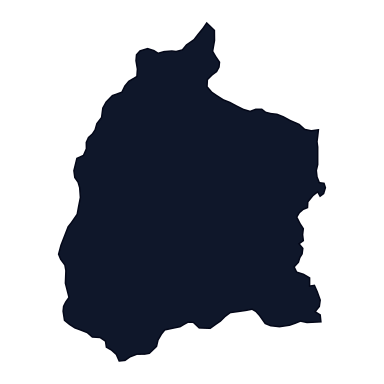 São João da Paraúna, Goiás, Brazil (orthographic projection)
{"feature_id": "56859067B96134969416858", "entity_name": "São João da Paraúna", "entity_type": "district", "adm_level": 2, "iso_a3": "BRA", "parent_name": "Brazil", "parent_adm1": "Goiás", "projection": "orthographic", "projection_center": [-50.363, -16.807], "detail": "fine", "context": "isolated", "style": "filled", "palette": "ink", "viewbox_px": 384, "rotation_deg": 0, "n_neighbors": 0, "source": "geoboundaries", "source_scale": "gbopen_adm2", "svg_char_len": 2044}
<svg xmlns="http://www.w3.org/2000/svg" viewBox="0 0 384 384"><path d="M74.8,177.5L78.1,182.2L79.7,187.7L80.4,197.5L78.6,206.6L77.2,214.3L71.1,223.1L68.2,226.7L61.0,245.2L58.6,254.2L60.7,259.3L64.9,265.0L65.9,270.7L65.4,283.2L69.0,297.4L65.7,302.1L63.6,306.3L63.1,311.2L64.5,320.3L69.5,324.4L74.9,327.9L79.6,329.6L87.3,332.6L92.3,337.0L100.1,337.5L105.5,341.2L106.4,347.2L111.4,350.0L116.3,354.4L119.2,361.0L125.0,360.4L129.9,356.9L136.8,354.2L144.8,354.1L149.3,353.3L156.5,346.4L158.0,340.0L161.5,334.0L164.8,329.9L174.2,327.9L180.1,326.7L183.9,324.4L187.9,322.2L193.3,322.3L199.2,327.9L210.2,328.3L216.3,323.9L220.4,321.1L224.9,316.6L230.2,312.6L239.0,311.4L246.0,310.4L252.1,309.2L256.0,311.5L259.5,315.4L265.2,323.5L270.6,325.7L279.5,326.7L289.6,325.2L295.0,323.3L300.4,321.1L307.0,322.5L313.0,322.2L320.9,321.8L320.2,314.9L315.1,311.7L319.3,306.5L320.2,300.1L317.2,291.7L314.4,285.4L309.6,286.1L309.6,277.9L303.5,274.3L296.6,272.1L294.1,266.9L298.4,262.2L299.8,257.6L302.1,253.9L302.8,248.4L299.0,243.8L303.3,240.6L302.6,234.7L303.3,228.7L300.0,223.6L296.7,217.1L299.3,212.7L303.1,209.4L307.5,207.6L307.8,201.9L312.9,195.6L317.7,191.8L320.1,196.2L323.6,193.6L325.4,187.7L324.0,183.3L319.3,182.7L317.0,176.9L316.3,170.4L317.7,164.6L317.7,155.0L317.7,147.0L317.0,141.6L317.7,136.2L318.4,129.8L311.3,130.8L304.7,129.4L299.1,124.4L290.1,120.5L283.3,116.8L277.0,114.3L270.8,113.6L265.6,112.3L261.8,109.3L255.7,109.3L250.1,111.4L243.3,109.4L235.9,105.7L229.8,102.4L223.2,99.8L216.2,95.3L211.7,92.2L207.0,86.7L207.4,79.6L212.1,74.9L216.6,71.5L219.0,67.1L219.5,62.2L215.6,56.5L212.6,51.3L214.5,40.5L214.4,30.4L206.7,23.0L203.0,28.4L198.0,34.5L194.0,39.7L186.5,44.9L182.4,49.9L176.1,51.5L171.8,51.0L164.1,51.6L158.1,53.3L153.9,50.6L147.6,48.6L140.0,50.9L136.5,54.8L136.0,60.7L137.4,69.1L136.9,76.5L128.8,81.3L124.9,86.0L121.9,92.2L112.4,95.6L106.1,102.1L102.8,108.1L101.6,117.5L96.9,123.6L95.1,129.9L92.4,134.0L88.5,137.5L86.3,142.4L86.4,148.8L83.5,155.4L76.9,158.4L73.9,170.7L74.8,177.5Z" fill="#0f172a" stroke="#020617" stroke-width="1.5"/></svg>